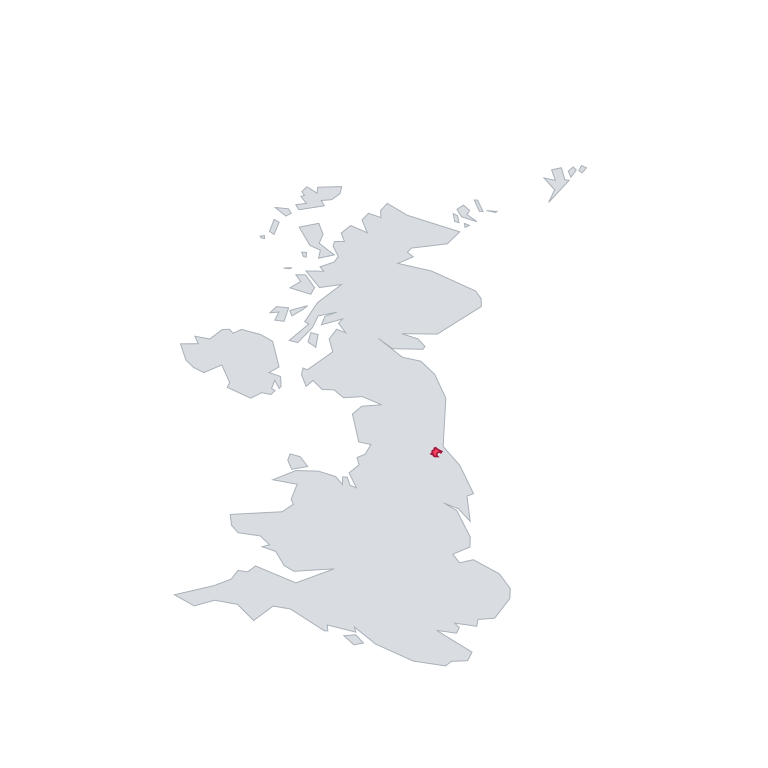 Stockton-on-Tees highlighted on a map of United Kingdom, rotated 24°
{"feature_id": "GBR-2033", "entity_name": "Stockton-on-Tees", "entity_type": "Unitary Authority", "adm_level": 1, "iso_a3": "GBR", "parent_name": "United Kingdom", "parent_adm1": "", "projection": "natural_earth1", "projection_center": [-1.341, 54.544], "detail": "fine", "context": "in_parent", "style": "filled", "palette": "rose", "viewbox_px": 768, "rotation_deg": 24, "n_neighbors": 0, "source": "natural_earth", "source_scale": "10m", "svg_char_len": 4322}
<svg xmlns="http://www.w3.org/2000/svg" viewBox="0 0 768 768"><g transform="rotate(24 384 384)"><path d="M413.7,573.1L377.9,591.7L366.7,590.5L353.2,581.0L338.9,582.2L344.9,577.4L332.7,573.1L311.2,579.2L302.1,575.0L296.6,565.7L343.0,542.1L350.1,530.7L346.1,527.2L345.4,510.9L321.4,516.7L338.7,498.9L359.5,490.3L377.5,488.2L386.9,492.8L384.1,485.7L388.3,484.0L394.2,490.4L401.2,490.1L388.3,479.5L394.1,467.9L389.3,462.1L395.3,455.9L396.7,444.6L384.5,447.2L367.4,424.3L372.7,413.4L390.2,404.0L369.3,404.3L352.6,413.0L340.7,409.6L329.9,414.2L317.7,409.6L313.8,417.8L304.8,409.0L303.5,402.3L308.2,402.2L324.1,375.5L315.6,365.2L318.4,353.3L328.2,352.8L317.8,347.0L319.7,341.4L302.7,355.4L302.6,346.2L311.8,337.5L296.1,348.6L295.7,361.5L288.3,381.3L279.7,382.7L290.9,359.8L286.2,359.3L290.2,336.6L304.7,310.4L285.8,322.1L266.8,312.5L283.1,305.5L277.9,303.0L289.0,292.7L290.3,286.0L281.2,278.5L281.0,273.9L289.9,269.8L283.5,263.6L289.2,252.7L307.2,252.7L297.2,243.0L300.4,234.4L313.5,233.2L310.4,227.0L313.5,217.7L336.6,220.4L391.3,214.2L384.8,230.2L353.7,248.7L351.8,254.2L358.9,255.9L347.6,268.2L381.2,261.5L429.8,261.8L438.0,266.5L441.4,273.6L412.4,316.7L379.8,330.8L396.9,329.0L406.2,333.1L405.3,336.5L377.5,348.2L360.4,344.7L390.1,352.1L408.3,348.2L426.5,354.6L446.3,371.9L463.4,417.0L486.3,427.5L510.3,447.7L505.4,452.7L518.6,474.4L502.8,467.7L486.9,468.4L501.9,470.0L525.1,488.8L528.7,498.0L516.1,511.5L525.7,516.6L537.1,508.2L566.5,510.5L582.5,519.5L586.2,528.7L580.3,553.0L565.5,560.9L567.3,567.6L545.8,573.7L551.8,575.8L551.6,582.1L532.3,587.7L573.5,593.2L572.9,602.8L558.3,610.0L554.9,616.5L523.5,625.2L482.2,625.0L455.8,618.0L459.3,622.1L430.2,627.2L433.1,632.4L430.0,633.7L389.8,627.6L372.9,632.1L361.1,653.1L339.7,644.9L317.3,650.4L300.8,663.9L278.3,661.8L310.6,637.4L323.8,624.4L326.4,613.7L335.9,611.1L340.6,602.5L384.3,601.6L413.7,573.1ZM267.9,451.2L242.2,450.8L242.4,445.3L228.1,432.6L214.7,446.9L203.2,446.3L193.2,442.6L181.8,430.1L198.0,422.7L191.8,417.3L206.6,413.7L214.0,400.1L220.6,396.8L225.3,399.1L231.7,392.1L250.9,389.0L264.9,390.3L281.2,411.1L274.4,420.3L286.4,419.2L290.8,427.7L290.2,430.7L282.7,425.1L283.1,433.9L287.1,434.4L285.0,439.6L276.0,441.5L267.9,451.2ZM266.4,228.0L261.1,237.0L251.9,241.9L257.0,245.5L235.4,259.4L230.5,256.1L239.6,250.5L231.8,246.4L234.7,244.0L230.7,241.7L233.3,235.2L245.2,236.9L243.4,231.2L265.1,220.9L266.4,228.0ZM267.4,272.0L267.5,281.8L286.0,286.3L273.1,295.7L271.4,287.6L259.9,287.5L242.7,275.2L259.1,263.7L267.4,272.0ZM458.1,114.3L466.1,123.9L470.3,122.6L460.6,151.1L460.9,137.2L446.4,130.7L457.7,128.2L450.0,120.1L458.1,114.3ZM280.6,331.8L259.0,334.4L266.2,324.2L259.1,320.1L267.9,316.2L281.4,324.2L280.6,331.8ZM337.0,484.5L347.8,490.4L334.4,499.4L327.1,492.8L326.6,486.1L337.0,484.5ZM265.9,353.2L267.2,367.4L258.3,370.0L258.7,361.0L250.9,365.3L254.3,357.1L265.9,353.2ZM391.6,190.6L390.8,195.4L402.9,197.9L386.9,199.7L379.6,194.7L383.8,188.3L391.6,190.6ZM306.7,378.2L297.5,376.5L296.2,366.9L303.7,365.6L306.7,378.2ZM470.5,629.0L462.7,634.5L449.7,630.3L460.2,624.6L470.5,629.0ZM272.1,359.2L268.1,355.1L282.4,343.5L279.4,349.3L272.1,359.2ZM225.4,262.8L229.8,265.7L226.0,270.5L212.9,267.0L225.4,262.8ZM222.7,292.0L217.4,291.2L216.7,278.3L222.4,278.8L222.7,292.0ZM470.6,119.1L465.8,114.6L468.6,108.7L472.6,110.4L470.6,119.1ZM404.3,186.1L400.9,187.4L391.6,179.2L394.7,178.0L404.3,186.1ZM386.9,206.1L382.4,206.7L377.9,200.2L382.8,200.4L386.9,206.1ZM481.0,104.1L479.1,110.5L475.3,109.9L475.5,104.2L481.0,104.1ZM416.1,181.9L407.0,183.9L417.0,180.5L416.1,181.9ZM261.3,299.8L258.6,300.3L255.2,297.0L259.7,295.3L261.3,299.8ZM397.5,204.4L394.4,208.0L392.1,204.6L397.5,204.4ZM250.7,317.2L245.1,318.9L252.6,315.2L250.7,317.2ZM215.7,299.7L212.2,300.4L210.7,299.4L214.3,297.0L215.7,299.7Z" fill="#d9dde1" stroke="#a8b0b8" stroke-width="1"/><path d="M455.3,428.7L455.8,428.1L456.1,427.0L455.2,425.9L455.6,424.8L456.5,424.3L456.7,423.9L456.7,423.3L456.1,422.6L456.0,422.2L456.7,421.7L457.1,421.1L457.7,421.4L459.9,421.9L462.2,422.1L464.3,422.1L464.1,422.6L464.0,423.8L463.4,423.6L462.8,423.6L462.3,423.6L461.9,423.9L461.6,424.3L461.2,424.8L460.9,425.4L460.7,426.1L460.7,426.9L461.0,427.6L461.8,428.0L462.7,428.4L459.6,429.7L459.3,429.4L458.1,429.4L457.8,428.3L457.3,428.0L457.1,428.3L456.2,428.1L455.9,428.9L455.3,428.7Z" fill="#f43f5e" stroke="#9f1239" stroke-width="1.5"/></g></svg>